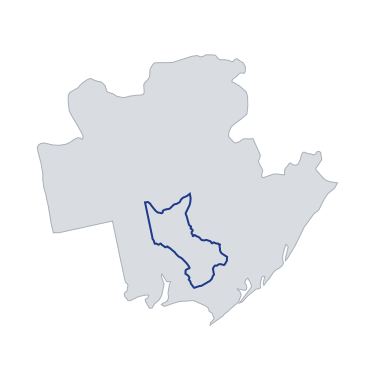 location of Moyen-Ogooué within Gabon, rotated 258°
{"feature_id": "GAB-2621", "entity_name": "Moyen-Ogooué", "entity_type": "Province", "adm_level": 1, "iso_a3": "GAB", "parent_name": "Gabon", "parent_adm1": "", "projection": "orthographic", "projection_center": [10.538, -0.51], "detail": "fine", "context": "in_parent", "style": "outline", "palette": "blue", "viewbox_px": 384, "rotation_deg": 258, "n_neighbors": 0, "source": "natural_earth", "source_scale": "10m", "svg_char_len": 6524}
<svg xmlns="http://www.w3.org/2000/svg" viewBox="0 0 384 384"><g transform="rotate(258 192 192)"><path d="M270.9,54.3L270.7,57.5L267.0,65.5L265.3,71.6L264.9,78.1L265.9,83.3L267.7,87.1L268.8,91.2L268.0,94.0L266.2,95.2L267.4,96.6L270.1,97.0L274.6,95.8L281.6,93.6L290.8,90.4L296.8,88.8L306.8,89.8L312.1,91.0L314.8,93.2L317.8,102.6L319.2,104.0L321.6,108.0L323.6,112.8L324.1,115.2L323.9,116.9L321.8,119.5L319.6,123.3L318.8,125.6L316.9,127.3L314.4,129.0L307.8,129.7L306.8,130.7L304.9,134.7L301.4,138.2L299.8,141.4L298.4,145.7L298.7,151.1L298.0,158.8L297.3,164.0L299.0,165.9L307.0,167.1L308.5,168.2L310.6,171.4L313.3,174.4L320.6,176.4L323.4,178.7L325.7,181.2L326.0,183.3L324.3,191.7L322.7,199.7L323.4,205.9L323.9,211.7L324.8,220.2L324.4,225.4L322.3,228.6L322.3,231.1L323.3,234.1L321.4,242.3L320.3,243.7L317.0,245.3L315.3,247.5L314.7,251.0L313.0,255.8L311.2,257.5L311.2,259.8L312.9,261.4L312.9,263.9L309.6,266.8L307.6,269.1L303.3,270.2L298.4,269.0L297.2,267.4L298.4,264.8L298.0,262.7L296.3,260.6L293.7,255.0L291.3,253.8L290.0,256.1L286.0,260.3L278.8,265.8L273.9,266.2L264.6,264.5L256.9,261.9L253.3,255.6L251.0,250.3L247.8,244.2L244.1,241.3L240.1,239.5L238.4,239.4L232.7,242.8L231.0,244.1L231.0,246.9L231.5,249.6L232.4,250.9L233.1,252.6L233.0,255.3L232.0,258.8L231.6,262.7L213.9,266.5L210.9,265.2L208.6,263.4L206.0,263.7L198.3,265.7L195.5,264.3L192.7,263.3L191.4,264.1L191.3,265.8L192.6,275.0L192.1,278.5L190.4,283.1L189.5,286.2L194.2,287.1L195.9,288.5L197.5,290.8L199.8,293.0L200.0,294.3L197.4,296.7L196.5,299.7L197.7,302.0L200.9,304.4L205.6,306.9L207.8,308.6L207.6,310.1L205.5,313.3L204.6,316.0L203.1,318.4L203.4,320.7L205.5,322.8L205.3,324.7L203.9,326.1L201.0,325.8L198.5,326.0L196.3,325.4L189.4,318.1L187.9,317.9L177.9,323.5L175.4,325.8L173.4,329.1L170.6,336.3L166.0,332.1L162.1,324.5L157.5,319.8L147.9,312.2L145.3,306.7L134.3,294.4L118.5,282.1L107.0,271.4L105.3,269.1L107.2,269.4L118.3,274.7L119.8,274.1L121.1,272.9L116.3,270.1L111.7,267.9L107.5,266.6L103.2,266.7L100.8,264.4L99.2,261.0L98.4,258.1L96.5,255.0L90.5,248.7L89.0,246.2L85.7,242.9L87.7,242.5L94.2,245.6L94.8,244.4L94.2,242.5L87.7,239.5L84.1,239.3L83.3,237.1L83.8,234.7L79.1,225.5L74.2,218.6L73.5,215.3L86.6,230.3L88.3,230.6L90.6,230.4L96.1,228.7L95.0,226.7L92.6,224.6L90.2,225.6L87.1,225.8L85.5,224.9L84.8,223.3L87.9,216.1L86.5,216.4L85.6,217.7L83.9,218.3L81.2,218.7L74.8,214.8L69.1,204.3L67.6,202.1L66.1,198.5L64.6,197.0L58.0,182.0L60.5,183.1L63.5,187.4L69.3,186.5L71.6,184.0L73.5,184.1L75.6,183.5L78.1,181.2L85.5,170.9L87.5,157.3L86.9,149.2L85.8,141.2L88.2,138.6L89.2,140.3L89.7,143.1L90.8,145.3L93.5,147.1L98.4,147.6L106.0,150.6L108.7,152.5L109.5,148.7L118.2,145.5L115.6,144.4L107.8,145.6L97.1,140.8L93.6,137.8L90.3,132.0L86.8,128.9L87.1,126.2L94.8,123.7L96.8,124.0L97.6,127.0L99.7,128.2L100.4,127.8L100.8,125.2L100.8,118.4L98.5,108.6L99.2,106.7L101.3,106.0L103.2,104.7L104.5,104.4L107.1,104.7L108.4,107.0L109.1,108.2L111.7,108.8L113.9,110.0L115.7,109.7L117.2,108.3L119.5,108.0L126.5,108.0L132.8,108.0L145.4,108.0L158.0,108.1L170.7,108.1L180.2,108.2L180.1,102.5L180.1,93.9L180.0,83.6L179.9,73.8L179.9,64.7L179.8,54.0L180.3,50.9L181.0,49.6L180.7,47.9L190.5,47.7L208.2,48.5L215.9,48.4L218.1,48.6L227.7,48.0L235.5,48.7L238.8,49.5L241.8,49.9L251.2,50.3L263.4,49.8L267.5,49.9L269.8,51.4L270.9,54.3Z" fill="#d9dde1" stroke="#a8b0b8" stroke-width="1"/><path d="M191.6,143.9L191.4,145.4L191.5,146.0L191.3,146.7L191.1,147.1L190.2,147.9L189.6,148.3L189.0,148.8L188.4,149.0L187.7,149.2L181.1,152.5L180.4,153.2L179.3,154.0L178.9,154.5L178.5,155.9L177.7,157.4L177.6,157.9L177.6,158.3L177.8,158.7L177.9,158.9L178.2,159.1L178.6,159.2L179.0,159.3L179.4,159.4L179.7,159.7L179.9,160.1L180.3,161.6L180.4,163.7L180.3,165.1L180.3,166.2L180.4,166.6L180.5,167.1L180.8,167.5L183.2,171.2L183.4,171.6L183.6,172.2L183.6,173.0L183.6,174.1L183.7,174.9L184.4,177.2L184.6,177.7L185.0,178.2L186.8,179.6L187.2,180.1L187.7,180.9L188.4,182.4L189.1,186.2L189.3,186.6L190.7,189.5L186.7,189.4L185.2,189.1L182.4,188.2L179.7,186.9L172.6,181.4L172.0,181.3L171.4,181.3L169.6,181.7L161.2,182.2L160.3,182.4L159.8,182.6L159.4,182.9L158.8,183.7L158.4,183.9L158.0,183.8L157.0,183.1L156.5,183.1L156.1,183.4L155.5,184.2L155.1,184.5L154.5,184.7L154.0,184.6L153.6,184.2L153.3,183.8L152.9,183.3L152.4,183.2L151.8,183.1L151.2,183.1L150.8,183.3L150.4,183.6L149.9,183.8L148.8,183.6L148.6,183.8L148.6,184.2L149.2,185.1L149.3,185.5L149.2,185.9L148.9,186.2L148.5,186.5L148.1,186.9L146.7,188.9L146.3,189.4L145.8,189.8L143.4,191.2L143.0,191.6L142.7,192.1L142.3,193.5L142.1,194.4L142.1,194.9L142.2,195.8L142.1,196.2L140.2,199.4L140.0,199.7L139.6,199.9L137.9,200.7L137.7,200.9L137.6,201.1L137.6,201.3L137.8,201.6L138.1,202.0L138.2,202.4L138.1,202.9L137.8,203.3L137.2,204.2L136.8,204.6L136.6,205.0L136.5,205.4L136.4,205.9L136.3,206.3L136.1,206.7L135.6,206.9L135.4,207.2L135.3,207.7L135.1,208.1L134.8,208.4L134.2,208.0L133.7,207.7L131.0,207.6L129.9,207.4L129.1,207.3L128.0,207.4L127.3,207.6L126.6,207.8L125.3,208.7L121.3,212.8L120.5,212.5L118.4,212.1L118.1,212.0L117.7,211.9L117.3,211.6L114.4,209.0L114.0,208.5L114.0,208.1L114.1,207.6L115.3,205.4L115.6,204.4L115.7,203.9L115.7,203.4L115.6,203.0L114.9,201.1L114.8,200.9L114.8,200.6L115.2,199.8L115.2,199.3L115.0,198.7L114.6,198.2L113.0,196.8L112.4,196.5L112.0,196.4L111.1,196.5L109.3,196.4L108.9,196.3L108.7,196.3L107.4,196.4L106.9,196.4L106.5,196.2L106.1,195.9L105.9,195.4L105.4,194.9L105.2,194.8L104.8,194.5L104.2,194.1L103.2,193.6L101.3,191.1L98.2,181.4L98.5,180.3L97.8,174.3L98.1,173.9L98.5,173.7L98.9,173.6L100.7,172.7L102.6,171.9L103.1,171.8L104.5,171.8L104.9,171.7L106.1,171.1L106.9,170.6L107.3,170.7L108.3,171.5L108.8,171.7L109.6,171.5L111.0,170.8L111.8,170.2L112.4,169.6L112.7,169.2L113.2,168.7L113.7,168.6L114.1,168.7L114.6,168.9L115.0,169.1L115.9,169.2L116.4,169.3L116.8,169.6L117.1,170.0L117.3,170.4L117.6,171.8L117.8,172.2L117.9,173.1L118.0,173.5L118.2,173.8L119.1,173.8L123.3,172.0L128.9,168.5L129.9,167.6L131.5,165.7L132.0,165.2L135.3,163.2L136.2,162.9L136.8,162.5L142.4,158.1L142.6,157.9L142.6,157.7L142.6,157.4L142.7,157.2L143.0,157.0L143.4,156.9L143.6,156.8L143.8,156.7L143.8,156.4L143.8,156.0L143.6,155.1L143.4,154.6L144.0,153.8L144.7,153.4L145.7,152.4L146.2,151.8L146.6,151.5L147.9,150.9L148.1,150.5L148.0,150.1L147.6,149.2L147.5,148.9L147.5,148.7L147.5,148.3L147.5,148.2L147.7,147.7L147.8,147.6L148.6,146.9L148.8,146.7L149.0,146.4L149.1,146.0L149.0,145.4L149.1,145.0L149.2,144.8L149.5,144.7L150.1,144.7L152.0,144.5L152.3,144.5L153.0,144.3L154.4,143.7L154.6,143.6L154.8,143.6L155.6,143.8L191.6,143.9Z" fill="none" stroke="#1e3a8a" stroke-width="2"/></g></svg>